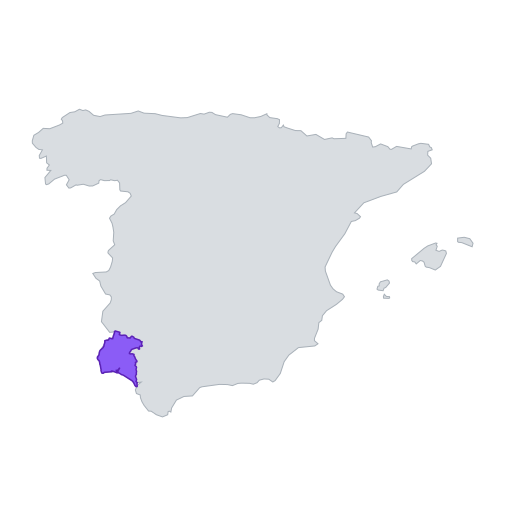 where Huelva sits in Spain, rotated 357°
{"feature_id": "ESP-5824", "entity_name": "Huelva", "entity_type": "Autonomous Community", "adm_level": 1, "iso_a3": "ESP", "parent_name": "Spain", "parent_adm1": "", "projection": "natural_earth1", "projection_center": [-6.789, 37.509], "detail": "fine", "context": "in_parent", "style": "filled", "palette": "violet", "viewbox_px": 512, "rotation_deg": 357, "n_neighbors": 0, "source": "natural_earth", "source_scale": "10m", "svg_char_len": 6276}
<svg xmlns="http://www.w3.org/2000/svg" viewBox="0 0 512 512"><g transform="rotate(357 256 256)"><path d="M274.3,114.5L274.4,115.8L277.0,118.5L284.6,120.0L286.6,121.1L286.3,124.8L284.5,127.9L286.2,129.3L288.0,129.2L290.2,126.7L290.7,128.4L294.2,129.9L301.9,132.8L307.4,133.2L313.1,138.8L322.2,137.7L330.5,143.2L338.2,142.0L340.0,143.0L351.9,143.2L352.4,138.7L353.8,137.0L374.7,143.1L377.3,146.9L377.0,148.8L378.2,153.3L380.9,153.1L386.3,150.6L393.4,153.7L395.4,156.4L396.9,156.6L402.1,153.9L416.6,157.2L417.1,155.1L418.1,154.4L424.0,152.5L426.5,152.1L434.2,153.5L435.2,156.1L436.8,157.0L437.5,159.2L433.1,160.5L432.7,164.3L435.6,167.5L436.1,173.1L428.7,180.2L406.9,192.2L399.9,199.4L383.5,203.1L366.5,208.5L356.6,218.1L359.2,218.9L362.4,222.2L361.4,223.6L357.0,225.9L353.0,226.5L345.9,238.4L335.9,250.7L332.2,256.2L324.4,270.6L324.5,274.7L328.8,289.0L331.2,292.8L334.5,295.9L340.6,298.6L342.2,301.3L340.1,303.8L334.1,308.3L323.6,314.3L319.2,319.1L318.3,323.7L315.3,325.8L314.2,332.3L310.1,341.2L309.9,343.6L313.3,346.9L310.0,348.9L293.6,349.7L283.6,356.7L278.6,363.0L274.1,374.6L268.6,381.4L266.2,382.7L262.3,379.7L257.5,379.2L252.8,380.2L250.4,382.6L246.6,383.9L242.9,382.8L234.8,382.2L231.2,382.3L225.7,384.2L220.8,382.9L212.7,382.3L195.1,383.8L192.9,384.5L185.2,392.4L176.7,392.5L169.0,395.7L163.8,403.3L162.8,407.4L161.3,406.4L160.1,406.8L159.5,409.9L154.2,411.8L148.2,409.3L143.2,405.5L140.6,405.2L136.4,399.3L134.5,395.6L133.2,391.5L133.1,388.7L129.4,387.1L128.5,383.4L131.2,378.5L134.8,375.9L131.4,376.1L129.0,379.2L125.8,374.2L113.1,364.5L113.7,361.1L111.6,363.7L110.1,364.4L103.6,363.9L96.1,365.1L93.0,348.7L94.9,342.9L103.3,331.7L108.6,330.1L110.7,324.4L105.9,324.6L98.2,313.5L100.2,303.1L107.9,295.3L109.2,292.2L109.4,289.3L108.0,287.2L103.8,286.1L99.5,277.9L98.6,272.8L95.0,269.9L92.1,264.9L94.8,264.1L105.6,264.1L108.2,262.8L110.2,259.4L112.2,253.8L112.7,250.4L108.5,245.5L108.3,244.5L108.9,242.8L115.5,237.4L114.2,233.4L115.2,224.9L114.7,219.9L114.0,215.9L111.7,210.6L113.2,208.5L116.6,206.7L119.3,202.4L123.3,198.8L128.5,195.9L134.6,189.6L133.6,186.8L131.5,185.2L124.1,184.0L123.5,182.7L123.6,175.9L121.6,173.1L118.9,173.4L114.8,172.3L113.7,173.0L108.5,172.8L104.8,171.6L103.2,172.6L102.8,175.0L96.6,177.5L93.1,177.4L87.3,175.3L80.9,176.0L80.1,175.5L74.5,178.3L72.7,178.4L70.4,175.0L73.4,170.1L70.8,165.5L69.1,165.3L58.8,168.7L52.8,173.2L50.4,173.8L49.6,173.0L49.3,166.6L55.6,159.8L51.7,159.4L51.9,157.4L54.4,154.3L51.8,152.0L51.9,145.2L46.3,147.3L44.9,147.0L44.8,144.3L48.3,138.8L44.7,138.2L42.0,136.1L38.6,131.7L38.6,129.3L40.5,123.8L45.4,121.2L50.2,117.4L56.7,118.1L66.6,114.9L70.0,113.2L69.9,110.9L68.7,109.2L69.8,107.6L77.7,103.0L82.6,102.5L87.4,100.2L90.7,101.7L93.6,101.2L96.9,102.9L101.2,107.0L107.6,108.6L112.6,107.3L138.6,107.0L146.0,105.0L151.7,107.5L162.8,108.6L169.5,110.7L187.9,114.1L194.6,114.2L207.9,110.8L211.6,111.6L216.9,110.0L219.5,110.3L222.9,112.7L234.7,115.9L237.8,113.2L240.1,112.6L248.6,114.2L257.2,117.6L261.6,117.9L268.1,116.9L274.3,114.5ZM436.0,259.7L439.1,261.0L442.3,259.8L444.0,260.2L445.8,260.9L446.3,263.4L439.7,276.0L434.3,279.4L428.6,276.7L425.4,276.0L424.4,275.0L423.5,271.0L422.0,269.7L419.8,269.1L415.6,272.3L414.2,270.2L412.1,269.8L411.3,268.5L411.3,266.8L424.3,257.1L428.1,254.9L436.1,252.4L437.4,252.8L436.4,254.3L437.5,255.7L436.0,259.7ZM473.4,254.6L472.3,258.1L462.2,253.4L458.9,252.9L458.1,252.2L458.3,248.7L464.9,248.2L470.4,249.9L473.4,254.6ZM382.2,294.8L381.1,297.3L376.2,296.4L375.1,295.4L376.1,292.6L377.5,292.3L377.5,290.3L378.9,288.3L385.9,286.7L387.5,288.0L387.9,290.0L383.8,294.3L382.2,294.8ZM387.3,304.8L386.6,305.3L381.2,304.8L381.1,303.2L382.1,300.9L384.1,303.2L387.2,303.6L387.3,304.8Z" fill="#d9dde1" stroke="#a8b0b8" stroke-width="1"/><path d="M95.8,364.6L95.3,362.8L95.2,361.9L95.4,361.3L95.1,359.9L94.8,356.7L94.3,355.5L94.4,355.0L94.3,354.1L94.1,353.1L93.9,352.4L93.7,352.1L93.1,351.7L92.9,351.4L92.6,351.0L92.5,350.7L92.3,349.9L92.2,349.9L92.1,349.4L92.6,348.9L92.6,348.7L92.7,348.3L92.6,348.1L92.9,347.9L93.8,346.9L94.0,346.6L94.2,346.0L94.5,344.1L94.9,342.9L95.5,342.0L98.5,339.5L99.4,338.0L99.7,336.6L100.4,334.7L100.6,334.0L100.6,333.6L100.5,333.2L100.5,332.9L100.7,332.6L101.7,332.4L102.1,332.2L102.5,332.2L102.9,332.3L103.3,332.4L103.7,332.2L104.2,332.1L104.4,331.9L104.7,331.5L105.1,330.6L105.3,330.3L105.9,330.4L107.7,331.1L108.6,331.0L108.8,330.1L109.1,329.5L109.4,328.3L110.0,327.1L110.5,325.7L110.7,325.1L111.0,324.0L110.9,323.9L111.5,323.5L115.9,325.0L116.1,325.3L116.1,325.5L116.0,325.8L115.8,326.1L115.7,326.3L115.4,326.9L115.4,327.1L115.5,327.4L115.8,327.6L116.2,327.7L116.6,327.9L117.5,328.2L119.0,328.2L119.8,328.1L120.9,328.2L121.3,328.3L121.7,328.4L122.2,328.8L122.8,329.6L122.9,329.9L123.0,330.2L123.0,330.5L123.0,330.8L123.2,331.0L124.8,331.1L125.6,331.3L126.0,331.3L126.2,331.2L126.2,330.9L126.4,330.7L126.9,330.3L127.1,330.1L127.2,329.9L127.4,329.7L127.7,329.6L128.0,329.6L128.4,329.8L129.7,330.7L129.9,331.1L130.0,331.4L130.1,331.7L130.2,331.9L131.0,332.2L135.3,333.9L135.8,334.4L136.4,335.6L136.6,335.5L137.4,335.6L137.7,335.7L137.0,338.1L137.8,339.8L137.0,340.3L135.8,339.9L135.2,340.1L134.8,340.7L134.8,342.3L134.8,342.7L134.6,342.9L134.4,342.9L133.9,342.8L133.8,342.7L133.6,342.5L133.6,342.0L133.5,341.8L133.1,341.5L131.7,341.4L127.2,342.7L126.6,343.1L125.5,345.0L124.8,345.5L124.7,345.8L124.5,346.8L125.4,347.2L127.4,347.2L129.0,347.9L128.8,349.1L129.6,350.3L130.2,352.3L131.6,354.7L131.6,355.0L131.5,355.4L131.2,355.6L130.4,355.7L130.1,355.9L130.0,356.3L130.2,357.4L130.1,357.8L129.7,358.3L129.5,358.6L129.5,359.1L130.6,360.1L130.8,360.7L130.8,361.2L130.4,362.4L130.3,362.9L130.7,365.2L130.3,366.5L130.4,367.8L130.3,368.0L129.6,369.0L129.5,369.4L129.4,369.9L129.5,370.4L130.3,373.0L129.6,375.1L130.8,376.2L130.7,376.4L130.4,377.2L130.6,379.7L130.4,380.1L129.2,380.1L128.3,378.9L127.3,376.3L126.5,375.0L125.6,374.0L117.6,368.3L116.7,367.8L116.0,367.6L115.4,367.4L114.1,366.3L113.4,366.0L112.8,365.6L112.2,364.7L112.0,363.7L112.2,363.2L112.6,362.8L113.7,361.2L114.1,360.4L112.5,362.3L111.6,362.9L110.5,362.9L110.5,363.2L111.2,364.3L111.6,365.0L111.6,365.4L111.2,365.5L108.4,364.1L107.3,363.7L106.0,363.3L105.2,363.7L106.1,363.8L106.5,364.0L98.6,364.2L98.1,364.4L97.5,365.0L96.9,365.1L96.3,364.9L95.8,364.6Z" fill="#8b5cf6" stroke="#5b21b6" stroke-width="1.5"/></g></svg>